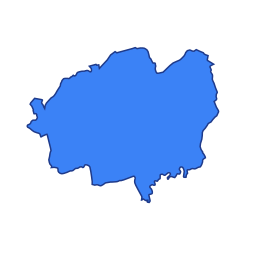 Cu Kuin, Đắk Lắk, Vietnam (orthographic projection), rotated 347°
{"feature_id": "81297802B8003578408571", "entity_name": "Cu Kuin", "entity_type": "district", "adm_level": 2, "iso_a3": "VNM", "parent_name": "Vietnam", "parent_adm1": "Đắk Lắk", "projection": "orthographic", "projection_center": [108.173, 12.577], "detail": "fine", "context": "isolated", "style": "filled", "palette": "blue", "viewbox_px": 256, "rotation_deg": 347, "n_neighbors": 0, "source": "geoboundaries", "source_scale": "gbopen_adm2", "svg_char_len": 4664}
<svg xmlns="http://www.w3.org/2000/svg" viewBox="0 0 256 256"><g transform="rotate(347 128 128)"><path d="M44.5,149.3L47.2,149.7L49.4,150.6L50.5,151.4L50.5,152.4L50.2,154.2L50.5,155.4L51.7,156.9L53.3,157.7L55.2,157.8L58.4,157.5L62.1,156.8L63.2,157.1L64.6,157.1L67.8,155.6L69.6,155.9L70.6,155.8L72.2,155.2L73.9,155.3L75.0,156.3L75.8,156.3L76.7,155.4L77.8,154.3L78.6,154.3L79.8,154.8L81.4,156.0L82.1,157.5L82.0,161.8L81.6,167.0L81.1,172.1L80.4,174.9L82.8,176.2L83.9,176.2L84.9,176.3L85.8,176.6L87.2,177.6L88.2,178.1L89.1,178.1L90.1,177.8L91.4,177.4L93.7,176.4L96.7,176.6L98.7,176.7L100.5,177.1L104.3,177.7L105.7,177.8L106.9,177.6L107.9,177.3L109.6,177.7L110.9,177.6L111.9,177.6L116.4,177.0L122.3,176.2L123.2,176.5L123.4,177.0L123.8,177.8L123.6,179.1L122.9,180.1L122.4,181.9L122.3,183.0L122.7,185.5L123.9,190.1L125.6,196.2L126.0,197.7L125.9,198.9L125.0,201.2L125.5,201.2L126.6,200.6L127.2,200.8L128.4,202.2L128.9,202.6L130.6,202.7L131.1,202.8L130.9,203.4L130.4,203.4L130.1,203.6L130.1,204.2L130.6,204.8L131.9,205.3L132.6,204.7L133.1,204.1L133.2,203.3L133.2,201.7L133.2,198.3L133.3,197.9L133.7,197.6L136.1,197.5L136.7,197.3L137.0,196.9L137.3,195.9L137.4,195.0L137.3,194.2L137.1,192.9L136.0,190.9L136.0,190.0L136.5,189.4L138.2,188.7L139.1,188.8L140.1,189.5L141.3,189.7L141.7,189.2L141.8,188.5L141.7,187.5L141.6,186.4L142.0,185.7L142.7,185.6L143.7,186.0L144.4,186.4L144.8,186.3L146.2,185.0L147.0,184.8L147.8,184.6L148.0,184.1L148.2,183.4L148.7,181.3L149.1,180.7L149.9,180.6L150.9,180.7L151.3,180.9L152.7,182.2L153.7,182.3L154.2,182.0L157.0,180.7L158.1,180.8L158.5,181.1L158.9,181.7L159.0,182.5L157.8,183.7L155.6,184.9L155.2,185.3L155.1,186.5L155.3,186.8L155.9,186.8L157.0,185.4L157.9,185.0L159.6,185.1L161.2,186.2L162.4,186.8L163.8,185.7L165.3,184.0L165.8,183.7L166.7,184.1L168.0,184.4L168.9,183.5L169.4,182.6L169.5,182.1L169.1,181.1L168.7,180.1L168.9,179.3L169.9,178.1L170.8,177.9L171.7,178.1L172.5,178.9L172.9,180.2L173.0,181.6L173.1,182.7L171.9,185.9L171.2,187.7L171.3,188.4L172.2,188.8L173.0,189.0L173.6,188.9L173.7,188.3L174.2,187.1L175.0,186.1L175.8,185.6L175.9,184.6L175.9,183.1L176.3,182.3L177.0,182.1L177.7,182.4L178.9,182.5L180.7,182.0L181.7,182.0L183.7,182.8L184.9,182.8L187.6,182.1L189.8,182.1L190.6,181.3L191.6,180.2L193.0,177.9L193.5,176.1L194.5,175.2L195.6,174.8L196.7,174.4L196.7,173.2L196.0,170.7L195.1,168.8L195.4,168.3L194.3,165.3L194.2,163.7L194.1,162.3L195.2,159.3L197.4,155.5L198.7,151.9L199.2,150.0L199.4,149.2L200.6,147.4L203.3,145.5L205.6,143.4L207.2,141.7L208.7,141.2L210.2,140.8L212.3,139.0L215.1,137.0L217.3,136.0L218.2,134.8L219.9,132.6L220.0,131.8L219.9,131.1L218.8,127.6L217.9,121.5L220.0,120.6L220.8,119.9L221.0,119.3L220.9,117.3L221.7,114.9L222.9,113.6L223.0,112.8L222.7,111.1L222.3,108.6L221.9,104.2L221.9,103.9L221.3,101.3L221.1,99.5L222.1,96.3L222.2,94.9L221.3,92.4L221.3,91.4L222.1,90.3L222.1,89.7L221.6,86.9L222.0,86.2L223.0,85.8L225.8,85.1L220.6,80.0L220.6,79.4L222.3,75.5L219.8,73.9L218.9,73.0L218.3,71.6L215.2,69.4L212.1,67.0L209.6,68.0L208.2,67.6L205.8,65.9L203.2,66.0L201.2,67.5L200.1,69.1L198.7,70.5L195.4,72.6L193.5,73.5L190.1,74.1L186.6,74.8L182.9,76.6L177.1,80.1L175.4,81.1L174.7,81.5L170.2,81.5L168.6,81.2L167.9,79.5L167.8,77.9L167.8,76.7L168.5,74.7L169.0,73.9L168.9,72.7L169.1,71.5L169.0,71.0L168.6,70.7L167.1,70.4L166.5,69.0L165.7,65.6L164.8,64.3L164.8,60.9L164.7,58.1L164.0,56.1L162.8,54.8L161.9,54.0L160.4,53.4L158.0,52.8L154.7,52.7L153.1,51.3L150.1,51.6L134.0,52.2L132.6,50.7L127.5,52.9L123.1,57.0L113.5,63.5L113.7,59.9L111.7,59.8L111.1,58.8L104.2,59.1L105.6,61.8L105.5,63.2L105.2,64.1L104.5,64.8L103.8,64.8L101.9,63.0L100.8,62.7L99.4,62.7L98.2,62.8L96.8,62.5L95.5,62.3L93.4,62.3L91.8,62.4L90.6,63.0L89.5,64.5L88.4,65.2L87.3,65.2L86.5,64.3L85.4,65.0L84.5,65.4L83.9,65.4L83.1,65.8L82.2,66.5L81.4,66.5L80.3,66.1L77.8,65.5L76.4,65.5L75.3,66.2L74.4,66.9L74.2,67.2L73.5,68.3L72.4,69.5L71.4,71.9L69.2,74.0L66.9,76.3L65.3,78.1L63.3,79.9L61.9,80.7L59.8,81.4L56.5,83.7L54.1,85.4L52.4,87.4L51.2,90.3L50.7,88.7L50.4,86.5L49.8,85.2L49.5,84.1L49.7,83.5L50.9,81.6L50.8,81.3L50.2,80.9L43.7,78.1L38.9,81.6L38.0,82.8L39.2,85.2L39.6,87.3L39.9,88.9L39.5,89.6L39.5,90.3L39.6,91.3L39.5,92.2L39.7,93.0L40.2,93.1L41.5,93.3L42.1,94.2L41.9,95.2L42.1,97.2L41.7,98.0L40.7,99.1L39.7,99.6L38.5,99.3L37.1,99.0L36.1,99.4L35.1,100.0L34.1,101.5L32.7,102.3L31.6,102.3L30.7,102.7L30.2,103.5L30.4,104.6L32.2,106.2L34.2,108.9L35.8,110.6L38.3,112.2L40.0,113.1L40.9,114.2L41.0,116.2L41.1,117.0L41.6,117.1L43.0,116.6L46.7,115.9L47.6,115.9L47.8,117.0L48.0,130.1L47.9,132.7L47.0,133.9L46.3,135.3L45.9,136.3L45.1,138.3L43.7,141.2L43.6,143.6L43.8,145.6L44.9,147.6L44.9,148.3L44.7,149.1L44.5,149.3Z" fill="#3b82f6" stroke="#1e3a8a" stroke-width="1.5"/></g></svg>